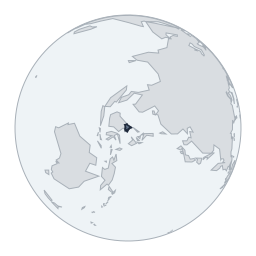 globe centered on Sabah, rotated 88°
{"feature_id": "MYS-1186", "entity_name": "Sabah", "entity_type": "State", "adm_level": 1, "iso_a3": "MYS", "parent_name": "Malaysia", "parent_adm1": "", "projection": "orthographic", "projection_center": [117.356, 5.751], "detail": "fine", "context": "on_globe", "style": "filled", "palette": "slate", "viewbox_px": 256, "rotation_deg": 88, "n_neighbors": 0, "source": "natural_earth", "source_scale": "10m", "svg_char_len": 9938}
<svg xmlns="http://www.w3.org/2000/svg" viewBox="0 0 256 256"><g transform="rotate(88 128 128)"><circle cx="128" cy="128" r="113" fill="#eef3f6" stroke="#a8b0b8"/><path d="M224.1,164.0L224.0,164.8L223.9,164.9L224.1,164.0ZM183.3,29.8L182.6,29.6L185.7,31.7L182.1,29.5L190.7,35.7L192.1,38.3L188.2,33.9L186.0,32.5L185.8,33.2L183.5,31.9L182.1,31.7L179.4,30.2L177.3,28.2L175.5,27.3L175.5,27.9L172.7,27.1L173.0,26.2L168.3,24.8L163.9,22.1L166.8,22.3L175.2,25.7L183.3,29.8ZM234.4,92.2L233.5,89.8L234.1,91.0L234.4,92.2ZM232.9,88.5L233.2,89.3L232.9,88.7L232.9,88.5ZM232.7,88.3L232.8,88.5L232.7,88.5L232.7,88.3ZM232.5,88.3L232.5,88.2L232.6,88.3L232.5,88.3ZM231.8,87.5L231.6,87.2L231.6,86.9L231.8,87.5ZM188.5,33.7L188.4,33.3L189.3,34.2L188.5,33.7ZM182.4,31.9L183.2,32.5L182.1,32.2L182.4,31.9ZM177.0,29.7L175.0,29.1L176.6,29.3L177.0,29.7ZM173.7,28.5L169.0,27.5L170.3,28.6L163.9,25.3L170.0,27.0L171.8,27.0L172.0,27.7L173.7,28.5ZM161.1,23.7L159.7,23.3L160.8,23.4L161.1,23.7ZM33.0,67.5L31.4,70.8L32.0,71.4L38.7,62.5L37.6,61.1L41.1,56.6L44.8,53.9L46.3,55.8L47.6,54.1L49.7,49.7L53.2,47.2L50.8,48.0L49.5,49.8L48.0,50.6L49.1,49.0L50.3,48.1L50.7,47.1L45.1,52.2L43.1,54.6L42.3,54.9L39.0,59.0L38.1,60.1L43.6,53.4L49.7,47.0L56.2,41.2L63.1,35.9L63.1,36.0L64.1,35.3L67.6,33.0L66.8,33.6L70.4,31.3L71.8,31.1L73.2,29.7L77.5,27.5L80.6,26.2L82.3,25.3L77.1,27.5L74.8,28.7L72.4,30.0L70.5,31.2L78.0,27.0L85.9,23.5L89.5,22.3L91.7,22.0L86.0,25.5L83.0,26.5L83.6,25.6L79.1,28.2L81.3,27.1L80.6,27.9L84.5,26.4L84.2,26.9L88.5,24.8L88.5,25.3L85.8,26.5L91.6,25.3L92.9,26.1L94.3,25.7L95.5,24.9L96.4,26.8L97.4,26.4L97.5,25.6L99.7,24.3L103.8,23.0L103.9,23.7L102.4,24.3L99.4,26.8L95.4,28.5L95.9,28.7L99.3,27.4L103.0,24.3L105.5,23.4L104.1,24.7L104.8,24.1L106.0,23.9L107.3,24.4L109.0,23.0L122.6,20.8L126.5,22.1L123.7,23.2L133.3,23.7L136.9,25.8L137.0,24.9L141.7,25.0L140.6,24.3L141.0,24.0L152.5,24.9L155.3,25.9L160.3,26.1L160.4,25.8L158.7,24.9L163.9,25.3L170.3,28.6L169.9,29.2L174.2,31.2L172.5,32.3L173.1,34.5L168.8,35.0L169.7,36.9L171.3,37.6L173.7,41.0L173.0,46.4L166.5,39.1L166.0,32.1L165.6,34.5L163.6,33.2L162.2,33.7L162.0,35.7L163.3,36.4L152.3,37.2L147.9,42.7L153.3,43.2L156.1,45.7L155.7,54.2L143.3,64.9L146.9,69.7L146.7,72.6L142.7,73.9L142.9,69.6L139.3,67.6L140.0,65.3L133.7,66.4L134.4,63.1L129.0,65.9L130.4,68.8L135.8,68.8L130.9,73.1L135.6,78.7L135.5,84.9L125.3,95.0L116.0,97.6L115.3,99.5L111.9,96.9L106.9,100.5L112.7,112.8L112.3,116.3L104.5,122.1L104.4,119.6L95.5,112.5L93.4,120.6L100.1,128.1L102.4,136.5L97.1,133.4L94.8,126.1L91.6,123.4L92.8,116.3L90.8,105.5L85.4,107.0L86.1,102.8L82.6,94.0L75.0,96.0L62.8,106.0L60.5,116.7L56.6,121.1L53.0,105.0L54.2,94.7L51.2,95.3L49.0,86.3L40.2,84.4L40.4,81.8L38.5,82.7L37.1,79.7L38.2,75.5L36.7,75.4L34.3,86.6L36.1,86.8L39.8,83.1L38.6,87.1L40.1,91.1L32.9,99.9L22.4,106.5L24.0,98.5L29.4,76.5L30.7,74.4L30.8,74.1L31.0,73.6L28.9,77.1L30.7,73.1L25.0,87.7L22.9,94.1L22.2,107.0L21.7,108.1L22.2,111.0L27.2,109.1L26.6,111.8L22.7,123.7L18.1,139.4L20.2,151.5L22.4,161.5L22.9,167.3L26.2,175.3L26.9,177.6L29.2,182.0L31.0,185.2L27.0,178.0L23.7,170.4L20.8,162.7L18.6,154.7L16.9,146.6L15.8,138.4L15.4,130.2L15.5,121.9L16.3,113.7L17.6,105.6L19.6,97.5L22.1,89.7L25.2,82.0L28.8,74.6L33.0,67.5ZM45.1,63.0L47.7,64.3L51.2,58.3L52.5,58.5L53.1,56.5L51.4,57.9L53.8,52.9L56.5,51.8L58.6,49.6L57.8,49.1L52.3,52.0L48.9,58.9L46.3,61.0L45.1,63.0ZM115.7,16.0L114.9,16.1L115.7,16.0ZM122.4,15.5L122.2,15.5L118.5,15.8L118.9,15.7L122.4,15.5ZM102.7,18.4L104.1,18.1L104.7,18.0L108.6,17.2L108.9,17.3L106.5,17.8L102.7,18.4ZM37.2,63.8L35.7,65.3L36.2,64.3L36.6,64.0L37.2,63.8ZM36.7,62.0L35.8,63.5L36.3,62.7L36.7,62.0ZM103.6,18.4L105.2,18.0L104.3,18.3L103.6,18.4ZM109.2,17.3L108.5,17.6L109.3,17.2L109.2,17.3ZM72.3,217.1L74.7,218.5L73.4,218.4L72.3,217.1ZM28.0,161.7L31.9,178.7L30.2,178.3L27.6,173.0L24.6,162.5L25.8,160.0L25.7,155.5L28.0,161.7ZM131.1,157.7L134.6,158.5L134.5,159.0L131.1,157.7ZM127.5,155.6L131.4,156.1L126.8,156.7L127.5,155.6ZM133.0,156.3L137.0,155.6L138.8,154.9L138.5,156.0L133.0,156.3ZM124.8,155.5L110.4,154.2L104.8,152.3L106.0,150.5L115.1,151.8L124.8,155.5ZM105.6,150.4L97.1,144.3L85.9,127.7L89.9,128.3L101.7,138.8L100.9,140.3L106.1,145.0L105.6,150.4ZM126.4,142.2L125.6,147.1L117.6,146.0L114.0,144.9L111.5,138.4L112.9,135.3L115.9,135.6L127.6,125.7L131.6,128.7L127.9,132.9L131.2,137.5L126.4,142.2ZM60.9,117.7L62.7,124.5L60.6,125.3L60.9,117.7ZM132.5,118.6L127.6,122.9L132.2,117.0L132.5,118.6ZM135.3,112.9L135.5,115.3L133.7,112.9L135.3,112.9ZM115.0,102.7L111.8,103.0L111.9,101.4L115.9,100.1L115.0,102.7ZM135.3,90.3L134.9,95.0L134.2,96.5L133.0,93.5L135.3,90.3ZM107.7,20.9L101.9,21.7L97.9,22.8L95.8,24.1L96.3,22.8L102.5,21.1L107.7,20.9ZM120.7,20.7L122.5,19.9L123.4,20.3L123.1,20.5L120.7,20.7ZM120.6,20.2L119.7,19.2L121.7,18.8L122.1,19.6L120.6,20.2ZM111.4,18.1L109.7,18.3L110.4,18.0L111.4,18.1ZM197.5,206.4L198.4,207.3L195.1,210.2L190.8,213.2L187.1,214.0L197.5,206.4ZM167.2,212.4L167.3,208.7L171.8,208.7L169.7,211.8L167.2,212.4ZM200.4,204.1L203.4,200.9L204.7,196.7L204.1,200.5L206.1,200.8L199.2,207.0L200.4,204.1ZM151.2,195.9L129.1,201.6L124.2,200.3L125.4,197.3L120.9,187.4L122.5,187.8L121.4,181.3L134.5,176.4L143.8,166.4L151.1,167.6L156.6,160.3L164.1,161.5L161.9,167.4L169.7,172.0L175.1,158.8L179.7,173.7L185.3,179.4L186.7,188.8L176.2,203.7L170.4,206.3L169.3,204.7L166.8,206.1L163.1,205.2L161.1,200.0L158.7,201.4L161.0,197.8L157.5,200.9L155.6,197.5L151.2,195.9ZM204.9,173.8L206.0,174.3L207.6,177.0L205.9,176.4L204.9,173.8ZM221.4,166.8L221.8,168.1L220.7,168.3L221.4,166.8ZM223.9,164.9L222.6,165.3L224.1,164.0L223.9,164.9ZM210.8,165.7L211.3,166.7L210.9,166.9L210.8,165.7ZM210.4,165.3L211.1,163.9L210.9,165.4L210.4,165.3ZM205.3,157.0L206.0,156.3L206.3,156.9L205.3,157.0ZM139.8,159.0L144.6,155.5L147.3,155.4L139.8,159.0ZM204.4,155.3L202.7,155.0L202.9,154.2L204.4,155.3ZM204.5,153.5L204.3,152.4L205.3,155.0L204.5,153.5ZM201.3,150.7L203.3,152.9L201.1,150.9L201.3,150.7ZM200.1,150.9L198.6,149.9L198.7,149.6L200.1,150.9ZM183.3,150.9L188.8,157.9L184.4,157.3L179.4,152.8L175.5,156.2L166.6,154.9L168.6,152.7L167.4,149.1L158.3,146.9L156.4,144.4L159.7,143.2L153.6,140.8L160.2,140.3L162.9,145.3L166.7,141.9L173.1,143.4L179.4,145.6L184.5,149.6L183.3,150.9ZM160.3,150.7L161.4,150.8L160.4,152.2L160.3,150.7ZM195.8,147.0L197.9,149.5L197.7,150.1L196.6,149.6L195.8,147.0ZM185.7,148.9L191.1,145.5L192.4,145.6L188.8,149.8L185.7,148.9ZM189.8,142.8L192.3,143.6L193.7,145.9L193.1,146.5L189.8,142.8ZM146.8,145.2L146.6,146.5L144.9,145.4L146.8,145.2ZM149.0,144.6L154.2,146.5L148.6,145.7L149.0,144.6ZM133.6,138.8L135.0,142.0L139.7,140.4L136.2,143.0L139.4,148.3L138.3,150.2L135.1,144.4L134.0,150.0L131.9,149.7L130.8,144.7L132.9,139.0L134.9,136.7L143.4,136.4L133.6,138.8ZM149.0,140.8L147.6,137.1L148.7,134.8L150.1,136.8L149.0,140.8ZM143.7,128.2L140.2,123.8L136.9,125.1L143.6,120.0L145.8,125.0L143.7,128.2ZM140.8,119.0L137.7,120.2L140.9,117.2L140.8,119.0ZM137.0,118.8L136.7,115.9L139.1,116.5L137.0,118.8ZM142.4,119.3L143.1,114.6L144.2,117.5L142.4,119.3ZM135.9,109.6L140.9,114.6L134.2,112.1L134.3,103.1L137.1,103.1L135.9,109.6ZM153.6,76.6L153.0,74.2L155.7,74.0L155.3,75.7L153.6,76.6ZM163.8,72.0L156.2,73.2L150.0,74.6L151.8,75.9L150.3,79.6L147.7,75.7L152.2,71.9L156.8,71.6L157.7,68.5L161.3,66.9L160.8,63.0L162.4,61.7L164.2,65.2L163.8,72.0ZM160.4,61.4L160.8,55.2L165.7,56.7L166.7,58.4L164.5,60.6L162.0,59.6L160.4,61.4ZM162.4,54.2L160.0,53.3L155.7,44.3L156.0,42.9L161.9,50.0L160.0,49.6L160.2,51.7L162.4,54.2ZM160.0,23.7L159.7,23.4L160.8,23.8L160.0,23.7ZM140.3,23.6L141.1,23.2L142.4,23.6L140.3,23.6ZM143.9,22.4L141.9,22.2L144.0,22.1L143.9,22.4ZM137.4,21.9L141.1,22.0L137.6,22.3L137.4,21.9Z" fill="#d9dde1" stroke="#a8b0b8" stroke-width="1"/><path d="M126.5,130.8L126.4,130.7L126.3,130.8L126.2,130.8L126.0,130.7L125.8,130.7L125.6,130.7L125.6,130.8L125.4,130.9L125.2,130.8L125.1,130.7L125.0,130.8L124.9,130.9L124.9,131.0L124.7,131.1L124.7,130.9L124.6,130.7L124.5,130.3L124.6,130.2L124.6,129.9L124.6,129.6L124.4,129.6L124.2,129.5L124.3,129.4L124.5,129.3L124.5,129.1L124.4,129.1L124.2,128.9L124.1,128.7L124.3,128.6L124.5,128.4L124.6,128.2L124.6,128.3L124.9,128.4L125.0,128.4L125.1,128.2L125.4,127.9L125.5,127.6L125.6,127.4L125.6,127.2L125.8,127.0L125.9,126.9L126.0,126.9L126.3,126.6L126.4,126.4L126.6,126.1L126.7,125.9L126.7,125.7L126.8,125.6L127.0,125.6L127.0,125.8L127.0,125.7L126.9,125.8L127.0,125.9L127.0,126.0L126.9,126.2L126.9,126.3L127.0,126.4L127.3,126.1L127.3,125.9L127.4,125.7L127.5,125.6L127.4,125.6L127.5,125.6L127.8,125.6L127.8,125.8L127.8,126.0L127.9,126.3L128.0,126.3L128.3,126.3L128.4,126.5L128.5,126.5L128.8,126.7L128.7,126.8L128.7,127.0L128.6,127.3L128.6,127.5L128.3,127.7L128.2,127.8L128.4,127.7L128.6,127.7L128.8,127.7L129.0,127.6L129.2,127.4L129.3,127.4L129.4,127.5L129.5,127.8L129.4,127.9L129.1,127.9L129.1,128.0L129.4,128.1L129.5,128.1L129.6,127.9L129.8,127.8L130.0,127.9L130.4,128.1L130.4,128.4L130.5,128.2L130.7,128.4L130.8,128.4L130.9,128.5L131.0,128.5L131.3,128.7L131.5,128.6L131.8,128.8L131.7,128.9L131.7,129.1L131.5,129.3L131.2,129.4L130.8,129.5L130.7,129.6L130.4,129.5L130.2,129.6L130.1,129.4L129.9,129.5L129.7,129.5L129.5,129.8L129.7,130.0L129.8,130.1L130.0,130.2L130.1,130.3L130.1,130.2L130.2,130.3L130.3,130.5L130.3,130.4L130.5,130.6L130.4,130.6L130.0,130.8L130.0,130.7L129.9,130.8L129.7,130.8L129.3,131.0L129.2,131.0L129.1,130.9L128.9,130.8L128.7,130.7L128.5,130.8L128.5,131.0L128.4,131.1L128.2,131.1L128.0,130.9L127.8,130.9L127.7,130.7L127.6,130.8L127.3,130.8L127.2,130.8L126.9,130.8L126.8,130.7L126.7,130.7L126.7,130.8L126.5,130.8ZM127.6,124.9L127.8,124.8L127.8,125.1L127.6,125.2L127.5,125.3L127.4,125.3L127.4,125.1L127.5,125.0L127.6,124.9ZM128.7,131.1L128.6,130.9L128.8,131.0L129.1,131.1L128.7,131.1L128.7,131.1ZM128.2,126.0L128.3,126.1L128.2,126.2L128.2,126.3L128.0,126.2L128.2,126.0ZM130.3,130.2L130.4,130.3L130.3,130.2L130.3,130.3L130.2,130.2L129.9,130.1L130.1,130.1L130.3,130.2ZM127.3,124.8L127.3,125.0L127.2,125.0L127.3,125.0L127.1,125.1L127.2,124.9L127.3,124.8ZM130.6,130.5L130.8,130.5L130.7,130.5L130.6,130.5Z" fill="#64748b" stroke="#1e293b" stroke-width="1.5"/></g></svg>